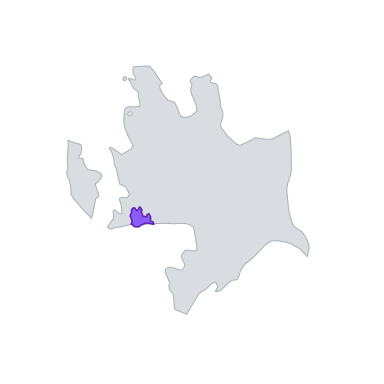 Cəbrayıl on a map of Azerbaijan (orthographic projection), rotated 34°
{"feature_id": "AZE-1699", "entity_name": "Cəbrayıl", "entity_type": "District", "adm_level": 1, "iso_a3": "AZE", "parent_name": "Azerbaijan", "parent_adm1": "", "projection": "orthographic", "projection_center": [46.951, 39.318], "detail": "fine", "context": "in_parent", "style": "filled", "palette": "violet", "viewbox_px": 384, "rotation_deg": 34, "n_neighbors": 0, "source": "natural_earth", "source_scale": "10m", "svg_char_len": 4069}
<svg xmlns="http://www.w3.org/2000/svg" viewBox="0 0 384 384"><g transform="rotate(34 192 192)"><path d="M255.9,296.5L254.5,296.4L244.7,299.0L242.6,298.3L234.0,287.6L232.3,286.5L228.6,286.0L226.5,284.3L224.7,281.4L223.7,279.3L214.9,273.6L213.6,271.5L213.4,269.6L214.7,267.9L216.1,266.4L220.3,264.9L225.3,263.6L226.8,262.7L227.6,261.1L227.5,258.7L226.7,256.2L219.5,251.9L218.7,249.9L218.5,247.6L218.9,245.1L219.9,243.2L225.7,240.5L228.7,237.7L226.7,234.7L220.4,227.9L213.0,220.4L208.1,220.4L202.5,222.7L193.5,229.3L188.5,232.1L182.0,236.7L174.9,241.8L169.0,247.2L165.4,251.7L158.9,253.6L155.6,257.4L144.6,268.6L141.5,268.5L141.4,262.9L141.6,258.4L140.9,255.9L137.4,252.4L137.3,250.9L138.3,249.9L141.0,250.5L144.5,250.3L146.1,249.0L142.4,244.4L139.2,241.3L136.4,239.2L135.7,237.9L135.7,237.1L136.3,236.0L141.1,233.5L141.6,231.2L141.3,228.6L133.8,224.7L128.1,226.1L123.1,221.7L119.8,218.4L115.8,214.8L112.2,212.8L108.8,208.3L102.8,203.6L99.0,202.2L99.0,201.5L99.8,200.6L101.4,200.0L112.1,200.3L113.4,199.5L114.1,197.5L115.6,194.6L117.4,190.3L117.3,186.7L106.6,180.7L98.9,175.2L93.6,168.0L90.1,161.4L90.3,159.3L91.4,157.2L99.7,151.4L100.3,149.8L100.2,148.8L97.3,145.7L93.6,142.4L92.5,140.1L90.2,138.9L85.8,138.7L78.1,134.7L76.4,134.3L76.1,133.5L76.5,132.7L82.0,131.3L82.0,130.0L80.4,128.2L77.3,126.9L74.5,123.8L73.5,121.0L83.7,113.1L86.6,111.5L93.1,113.1L106.6,118.7L105.6,121.7L106.9,123.4L110.0,125.7L116.0,128.1L121.0,129.3L123.6,128.3L127.5,127.5L132.5,130.2L137.2,133.6L139.5,135.0L140.7,135.5L144.3,134.3L148.5,130.0L150.2,124.7L150.7,122.2L148.2,118.7L143.2,114.9L137.5,111.5L133.9,108.5L131.6,102.7L129.2,102.0L128.6,101.3L128.3,99.3L128.4,96.5L129.2,94.4L131.5,93.5L133.8,93.2L135.9,91.2L138.6,87.2L139.7,85.0L144.7,86.3L145.3,89.9L146.2,90.6L148.2,90.2L151.6,88.7L154.3,89.9L157.8,94.1L162.6,98.6L165.3,101.6L166.3,103.7L168.8,105.7L172.4,108.1L175.3,111.8L177.9,120.4L180.5,122.4L189.9,125.7L193.2,126.3L202.4,127.4L205.7,126.5L210.3,119.0L214.5,111.3L218.4,109.7L225.6,105.9L229.8,102.3L231.5,98.5L235.4,91.3L237.8,87.3L242.1,90.8L249.6,100.3L260.4,115.7L263.1,120.1L264.9,125.2L266.5,131.4L269.1,136.9L280.2,150.5L284.9,155.5L292.7,161.9L295.4,163.3L299.0,163.6L305.4,163.5L311.5,165.8L314.6,167.6L317.7,170.1L320.6,173.0L323.6,181.1L313.1,178.8L302.6,179.6L296.8,181.5L291.1,184.1L285.6,187.6L282.4,194.3L279.9,209.6L276.0,223.9L276.3,230.5L278.3,236.7L278.2,239.8L276.3,241.1L273.9,243.8L270.9,257.0L269.3,259.6L267.2,261.3L266.6,259.8L266.6,256.3L261.9,253.4L259.5,256.9L258.0,264.1L254.7,271.7L254.6,273.2L255.9,296.5ZM98.3,162.9L98.8,160.9L97.5,160.0L96.1,159.9L94.9,160.9L94.9,163.4L96.5,163.9L98.3,162.9ZM62.6,221.6L61.0,219.4L60.4,218.3L65.1,217.4L72.9,214.8L75.0,216.2L77.2,219.1L78.3,221.6L78.4,226.1L79.3,226.9L83.1,225.4L84.8,227.3L87.7,229.5L92.7,231.8L100.0,228.5L103.7,227.7L106.7,227.8L108.3,228.9L108.8,232.4L108.2,236.8L107.3,239.1L108.8,240.9L114.8,245.2L117.2,247.5L116.0,251.6L120.3,261.5L121.8,265.3L123.5,270.1L114.3,268.2L97.8,263.9L93.3,261.8L89.1,256.2L86.6,253.5L82.8,250.0L79.7,248.7L77.4,246.3L76.2,242.7L74.3,239.5L70.9,235.7L63.6,222.9L62.6,221.6ZM74.2,137.2L73.2,137.9L71.7,137.1L71.2,135.6L71.4,133.9L72.9,133.6L74.2,134.1L74.5,135.6L74.2,137.2Z" fill="#d9dde1" stroke="#a8b0b8" stroke-width="1"/><path d="M166.6,251.3L163.7,252.9L163.1,253.0L162.4,252.8L161.1,252.2L160.3,252.2L159.5,252.6L159.1,250.9L157.5,248.7L155.9,247.6L154.3,246.6L153.5,244.9L153.4,242.9L152.5,241.5L151.8,240.2L152.1,238.3L153.2,237.2L154.7,237.7L154.8,237.8L155.1,237.9L156.9,238.1L157.2,237.0L157.4,236.3L157.5,236.1L157.1,235.0L156.8,234.1L157.8,233.4L157.9,233.5L159.0,234.2L159.7,234.5L160.5,234.8L160.8,235.5L160.7,236.3L162.1,237.5L163.7,238.4L164.3,239.5L165.5,239.3L166.3,238.6L167.3,238.5L168.0,238.4L168.0,237.6L167.8,237.0L167.4,235.7L167.7,235.3L168.4,234.1L170.1,235.0L171.8,235.9L172.7,237.6L173.7,239.1L175.0,238.9L176.3,238.6L177.8,239.5L178.3,240.2L177.8,240.5L173.0,242.4L170.8,243.8L170.3,244.3L170.1,244.9L168.4,247.7L167.6,250.0L167.4,250.5L166.9,251.1L166.6,251.3Z" fill="#8b5cf6" stroke="#5b21b6" stroke-width="1.5"/></g></svg>